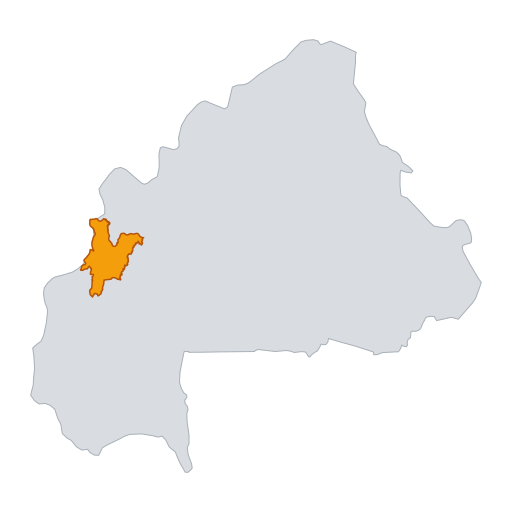 location of Banwa, Banwa, Burkina Faso
{"feature_id": "67063806B90065327421296", "entity_name": "Banwa", "entity_type": "district", "adm_level": 2, "iso_a3": "BFA", "parent_name": "Burkina Faso", "parent_adm1": "Banwa", "projection": "equal_earth", "projection_center": [-4.034, 12.22], "detail": "fine", "context": "in_parent", "style": "filled", "palette": "amber", "viewbox_px": 512, "rotation_deg": 0, "n_neighbors": 0, "source": "geoboundaries", "source_scale": "gbopen_adm2", "svg_char_len": 8759}
<svg xmlns="http://www.w3.org/2000/svg" viewBox="0 0 512 512"><path d="M397.0,351.8L382.3,352.6L377.0,354.7L373.7,354.7L373.6,353.0L373.2,351.9L354.7,345.9L341.7,342.4L328.5,338.5L327.8,342.2L325.9,344.5L323.1,344.7L321.1,344.1L319.8,347.0L317.6,350.7L314.6,352.5L311.6,354.8L309.9,356.9L308.7,356.9L305.7,352.1L301.7,351.6L294.2,352.5L290.8,351.2L286.2,350.5L275.4,351.5L258.0,349.5L255.2,350.6L254.5,351.5L237.3,351.7L218.4,351.9L202.6,352.2L188.8,352.3L188.8,351.5L184.3,351.4L183.8,353.0L180.0,372.2L179.5,382.6L181.6,389.1L184.0,393.1L186.6,394.9L186.9,397.2L184.8,400.2L185.0,403.3L187.4,406.4L188.0,409.8L186.8,413.3L187.1,421.7L189.0,435.0L189.0,443.7L187.3,447.6L188.1,454.4L191.6,463.9L192.2,468.0L190.9,469.8L188.1,472.3L185.2,472.2L181.9,466.4L180.4,463.9L177.7,458.0L175.4,452.1L172.3,449.5L169.3,447.1L165.6,439.7L162.0,436.1L158.2,437.1L152.7,435.7L141.6,433.9L129.6,434.4L124.6,436.2L119.7,438.9L107.3,444.9L102.4,447.8L98.7,455.3L94.4,455.1L90.2,452.7L87.6,449.3L81.9,450.1L76.4,446.8L71.1,440.3L67.2,438.2L62.3,433.5L60.9,424.5L57.7,418.2L54.9,409.5L50.6,405.6L45.6,403.5L38.8,403.9L34.3,400.4L30.7,395.3L31.7,390.9L33.3,384.7L33.5,378.6L34.6,368.8L33.9,356.6L32.7,348.0L36.5,344.5L40.9,341.3L43.6,335.5L46.4,322.5L47.6,311.2L46.8,307.1L45.3,303.8L44.2,298.9L43.5,293.0L44.3,287.8L47.6,283.0L51.8,279.0L54.7,277.1L62.5,275.1L72.2,272.2L77.8,268.8L82.0,265.4L84.2,262.8L86.6,257.3L90.3,253.1L93.3,248.8L93.7,236.9L93.6,230.1L91.5,226.4L90.3,223.2L104.7,213.9L104.8,207.3L102.8,200.0L100.0,194.1L99.0,189.0L102.9,183.0L106.5,178.6L109.1,174.7L114.7,168.9L120.6,167.4L125.9,169.6L141.7,183.3L144.5,184.2L147.7,183.1L151.9,179.5L157.3,176.7L159.2,167.5L159.0,154.0L160.3,147.8L163.1,146.7L172.2,149.3L174.5,149.5L177.1,148.6L179.1,146.2L179.0,141.9L178.5,138.0L181.5,125.5L186.8,116.2L197.7,104.4L201.1,102.1L205.0,100.9L224.5,108.9L227.7,106.9L232.4,87.0L237.7,85.1L244.0,84.7L248.2,83.0L250.3,81.6L259.5,74.1L275.8,63.8L284.6,59.3L286.3,57.7L292.6,50.4L300.9,42.0L306.2,40.3L313.5,39.7L318.2,41.1L319.4,43.4L321.0,44.7L330.5,41.1L344.3,46.8L356.2,52.3L355.5,55.9L355.5,62.1L354.5,72.0L353.4,83.9L358.4,91.6L364.3,99.8L365.9,103.0L364.4,111.2L365.5,116.0L368.7,123.9L374.1,134.0L379.6,144.4L383.4,145.8L387.0,146.6L389.1,148.5L392.3,150.3L395.5,151.5L398.3,153.7L400.1,156.0L402.4,162.4L408.6,166.6L412.9,170.8L411.2,172.9L405.8,172.1L400.8,170.3L400.1,173.3L400.0,185.1L400.9,194.9L402.1,196.2L407.1,198.0L419.3,210.8L430.3,222.9L433.9,226.0L440.0,227.2L446.7,227.7L449.6,226.6L456.1,220.5L459.6,219.8L462.8,220.0L464.6,221.0L467.8,225.9L470.8,233.4L471.6,239.0L471.4,241.9L470.4,243.0L465.0,244.5L462.7,245.6L462.2,247.2L463.0,250.9L464.1,253.3L470.0,264.2L478.6,278.8L481.3,282.5L479.8,286.9L475.6,298.3L472.4,303.0L458.3,319.2L451.3,317.3L436.6,320.6L434.4,316.8L431.0,316.3L426.7,317.0L425.2,318.4L424.8,320.0L423.3,322.2L420.6,328.6L418.5,330.3L415.9,331.3L412.7,331.1L410.8,332.0L410.8,335.1L410.3,337.9L408.1,339.3L407.2,342.4L407.4,345.4L406.2,346.8L403.4,346.1L401.8,345.2L400.2,349.2L398.4,351.8L397.0,351.8Z" fill="#d9dde1" stroke="#a8b0b8" stroke-width="1"/><path d="M142.9,237.6L141.5,237.3L140.6,236.9L140.1,236.5L139.2,235.4L138.7,234.4L137.7,233.6L137.2,233.4L135.9,233.5L133.5,234.2L130.8,233.6L130.1,233.8L128.8,234.3L128.1,234.8L127.2,235.0L126.4,234.8L125.5,234.3L124.7,233.6L123.5,233.3L121.9,233.5L121.4,233.6L120.8,234.2L120.2,235.4L120.0,236.4L119.5,237.7L118.8,238.7L118.0,239.6L118.0,240.9L118.1,242.6L117.6,242.7L117.6,242.4L117.0,242.9L116.8,243.5L116.9,244.7L116.8,245.0L116.2,245.2L115.7,245.8L115.0,246.3L114.0,246.4L113.5,246.3L112.6,245.7L112.4,245.4L112.2,245.1L112.3,244.8L112.1,244.6L111.9,244.3L111.8,243.4L111.7,243.1L111.3,242.8L111.1,242.7L110.1,241.3L109.9,241.3L109.1,240.3L108.7,239.3L108.7,238.3L108.8,237.8L109.4,236.2L109.4,235.8L107.9,232.0L107.9,231.5L108.1,231.2L107.9,231.0L107.9,230.9L108.2,230.6L108.1,230.4L108.0,230.1L107.9,230.1L107.9,229.9L108.1,229.3L108.0,229.2L108.0,229.3L107.7,229.2L107.8,228.8L107.6,228.4L107.7,228.0L107.7,227.6L108.0,227.2L107.8,227.1L107.6,227.2L107.4,226.8L107.5,226.6L107.4,225.9L107.7,225.6L107.9,225.5L107.8,224.9L107.9,224.7L108.2,224.8L108.5,224.4L108.9,224.8L109.2,224.5L109.0,224.1L109.5,224.0L109.7,223.7L109.8,223.3L109.6,223.2L109.5,222.5L109.2,222.4L108.9,222.4L108.9,222.1L108.7,222.1L108.7,221.8L108.6,221.7L108.1,221.8L108.1,222.0L107.8,221.6L107.7,221.9L107.0,221.6L107.0,220.8L106.5,220.6L106.4,220.4L106.3,219.8L106.1,219.6L105.9,219.3L105.4,219.9L105.0,219.8L104.7,219.5L104.7,219.3L104.6,219.0L103.6,218.8L103.5,219.1L101.9,220.4L100.9,221.1L99.9,221.2L98.6,220.7L97.6,219.3L97.3,219.0L96.6,218.7L96.0,218.7L93.4,219.3L92.7,219.2L92.2,219.4L91.0,219.5L90.7,219.3L90.4,219.4L90.1,219.7L89.8,220.3L89.9,222.3L89.7,223.7L89.9,224.8L90.5,226.1L91.1,226.6L91.3,226.9L92.3,227.5L93.3,228.5L93.8,229.4L94.0,230.4L94.2,230.6L94.3,231.6L94.5,232.3L95.1,233.2L95.3,233.9L94.9,235.0L94.2,236.1L93.5,237.0L93.2,237.6L92.7,239.9L92.0,242.0L91.9,242.9L92.0,245.8L92.5,247.5L92.7,248.5L93.1,249.4L93.5,250.0L93.7,250.6L93.5,251.0L93.2,250.9L92.1,250.1L91.1,249.7L90.5,249.6L90.1,249.9L90.0,250.4L89.9,252.1L89.4,253.3L89.0,254.1L88.4,255.2L87.8,255.6L86.9,256.9L84.3,259.6L84.0,260.1L84.0,260.7L84.3,261.5L84.4,261.8L85.1,262.3L85.7,263.0L85.3,264.3L84.6,264.7L84.1,264.7L83.5,265.1L83.1,265.1L82.7,265.3L82.0,265.9L81.6,266.6L81.4,267.3L81.1,269.1L80.6,269.9L80.9,270.3L81.4,270.3L81.8,270.2L83.0,270.3L84.4,269.2L84.8,269.1L85.7,268.9L87.1,269.0L87.3,268.8L88.0,267.9L88.2,267.2L88.5,266.8L89.4,266.4L90.1,267.3L90.3,267.7L90.4,267.4L90.8,267.8L91.3,268.7L91.4,269.2L91.4,269.4L91.3,270.0L91.2,270.6L90.6,271.9L90.6,272.5L90.4,273.3L90.4,273.8L90.5,274.3L91.2,274.5L91.6,274.4L91.9,274.3L92.8,274.6L93.3,274.5L93.3,274.8L93.3,275.3L92.8,276.5L92.7,276.7L92.1,276.9L92.0,277.0L92.4,277.6L92.5,278.2L92.5,278.5L91.9,279.9L92.1,280.1L92.4,280.2L92.6,280.5L92.6,280.8L92.2,281.3L92.1,282.0L92.1,283.9L91.9,286.4L91.6,288.3L91.5,288.6L91.2,288.9L90.9,288.9L90.2,289.9L90.0,290.0L89.9,290.0L89.7,290.3L89.8,291.9L90.0,293.3L90.1,294.2L90.2,294.5L91.1,295.6L92.5,296.9L92.8,296.6L92.8,296.2L93.2,295.4L93.8,294.9L94.2,293.9L94.5,293.5L95.0,293.4L95.3,293.5L95.5,293.7L96.2,293.7L96.6,294.0L97.2,294.0L97.3,294.4L97.7,295.1L97.7,295.5L98.0,295.8L98.3,295.8L98.8,295.3L99.1,295.3L99.9,294.5L100.4,294.3L100.7,294.0L101.2,293.1L101.2,292.7L101.2,291.7L101.5,291.7L101.7,291.1L102.0,290.8L102.3,290.1L102.3,289.8L102.4,289.6L102.7,289.5L102.7,289.3L102.5,288.6L102.7,286.7L103.2,285.7L103.5,284.8L104.1,280.1L107.2,279.6L108.1,279.6L108.9,279.4L110.9,279.2L111.3,279.0L112.2,277.8L112.5,277.6L113.0,277.6L114.9,277.8L116.3,278.4L117.6,279.2L117.6,279.3L119.1,279.3L119.5,278.8L119.8,279.1L120.2,279.9L120.6,279.6L120.7,279.1L120.4,278.9L120.3,278.4L120.1,278.2L120.0,277.4L119.8,277.2L120.0,277.0L120.2,276.6L120.5,276.4L120.2,275.2L120.4,274.9L120.9,274.6L121.2,274.6L121.4,274.9L121.7,275.0L122.0,274.6L121.9,274.3L121.9,273.9L121.5,273.9L121.3,273.8L121.2,273.0L121.6,272.4L121.6,272.0L121.9,271.7L122.8,271.3L123.1,270.8L123.1,270.6L122.8,270.0L123.3,269.3L123.4,268.9L123.3,268.6L123.6,268.6L123.7,268.8L123.7,269.2L123.8,269.5L124.1,269.5L124.4,269.2L124.7,267.5L124.9,267.3L124.9,267.1L125.0,266.7L124.9,266.5L124.6,266.5L124.6,266.3L124.6,265.8L124.9,265.2L125.7,265.4L126.3,265.3L126.6,265.1L126.6,265.4L126.8,265.6L127.2,265.2L127.4,264.6L127.6,264.5L127.7,264.2L127.3,263.6L127.5,263.4L127.4,262.7L127.6,262.3L128.2,261.9L128.1,261.6L128.4,261.2L128.4,260.8L128.1,260.3L128.2,259.8L127.9,259.6L128.2,259.1L128.2,258.8L127.8,257.9L127.7,257.8L127.9,257.7L127.5,257.1L127.2,257.1L127.2,256.8L127.3,256.5L127.3,256.3L127.7,256.2L127.7,255.7L127.7,255.4L128.0,255.2L128.2,254.6L128.5,254.5L128.7,254.0L129.1,254.0L129.3,254.1L129.5,253.8L129.9,253.7L130.3,254.0L131.0,254.1L131.3,253.7L131.6,253.0L131.5,252.6L131.6,252.1L131.8,252.0L132.0,252.3L132.2,252.1L132.1,251.4L132.8,250.7L132.6,250.2L132.7,249.7L132.6,249.0L133.0,248.4L132.8,247.8L132.9,247.7L133.2,247.5L133.2,247.1L133.4,246.9L133.8,247.0L133.9,246.5L133.6,246.0L133.8,245.8L134.3,245.9L134.4,245.7L134.6,245.6L134.5,245.2L134.6,244.9L134.8,244.8L135.2,244.8L135.7,244.6L135.6,244.3L135.7,243.4L135.6,243.2L136.3,243.0L136.6,243.1L136.8,242.9L136.8,242.7L137.0,242.7L137.1,242.8L137.3,242.7L137.5,242.8L137.8,242.2L137.9,241.8L138.2,241.6L138.3,241.4L138.6,241.5L138.6,241.9L138.5,242.2L138.8,242.5L139.2,243.1L139.1,243.5L139.4,243.8L139.4,244.0L140.0,244.1L140.3,243.9L140.6,243.9L141.0,244.2L141.4,244.9L141.5,244.9L141.6,244.5L141.8,244.4L142.1,244.1L142.5,243.3L142.4,242.5L142.2,242.5L141.6,242.0L141.9,241.1L142.2,240.7L142.4,240.4L142.0,239.9L142.3,239.5L142.8,239.0L142.9,238.5L142.8,238.3L142.5,238.2L142.6,237.8L142.9,237.6Z" fill="#f59e0b" stroke="#b45309" stroke-width="1.5"/></svg>